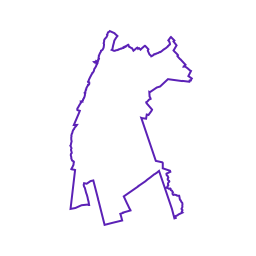 Panciu, Vrancea, Romania (Robinson projection), rotated 77°
{"feature_id": "2599482B28492599509343", "entity_name": "Panciu", "entity_type": "district", "adm_level": 2, "iso_a3": "ROU", "parent_name": "Romania", "parent_adm1": "Vrancea", "projection": "robinson", "projection_center": [27.104, 45.901], "detail": "fine", "context": "isolated", "style": "outline", "palette": "violet", "viewbox_px": 256, "rotation_deg": 77, "n_neighbors": 0, "source": "geoboundaries", "source_scale": "gbopen_adm2", "svg_char_len": 5630}
<svg xmlns="http://www.w3.org/2000/svg" viewBox="0 0 256 256"><g transform="rotate(77 128 128)"><path d="M193.9,202.2L194.1,197.9L194.1,197.2L192.8,190.6L193.5,184.8L193.7,184.4L194.2,183.7L194.3,183.2L190.6,183.0L188.6,183.1L186.7,183.0L184.0,183.1L181.6,183.4L177.0,183.5L176.3,183.6L175.1,184.0L173.5,184.0L171.9,183.2L173.0,180.8L171.3,176.4L171.3,173.6L190.6,173.1L191.1,173.2L191.6,173.2L192.1,173.1L217.1,172.6L216.9,163.6L216.8,154.5L212.7,154.6L209.9,154.8L209.6,151.8L209.3,151.8L208.9,144.1L208.0,144.2L207.1,144.6L202.5,145.6L201.4,145.9L193.7,147.5L187.4,131.7L187.2,131.3L186.9,131.0L187.0,130.9L186.2,129.1L183.9,123.2L182.6,120.7L181.1,117.2L181.0,116.9L180.7,116.4L179.9,114.7L179.6,114.0L179.1,113.1L178.9,112.1L178.4,111.1L178.4,110.6L178.3,110.4L177.6,109.1L176.8,107.4L216.6,103.4L226.5,103.1L226.4,101.7L224.5,101.8L224.4,100.4L224.1,99.2L223.6,98.3L222.7,94.1L222.3,94.5L221.8,94.5L221.3,94.2L221.1,93.8L220.2,93.4L219.3,94.0L218.8,94.0L218.5,93.9L217.9,93.2L217.0,92.7L215.9,92.6L214.6,92.1L213.6,92.0L213.0,92.0L212.1,92.6L210.2,93.0L209.6,93.5L208.2,93.5L207.2,93.4L205.5,93.4L205.0,95.4L204.4,95.7L203.3,97.9L203.5,98.6L203.2,99.1L202.5,99.4L201.4,99.3L201.1,99.1L200.8,98.7L199.0,99.3L198.6,99.6L198.3,100.1L198.0,100.3L197.5,100.4L197.2,100.4L196.8,100.2L196.4,100.5L196.4,101.9L195.8,102.4L195.2,103.2L195.0,103.7L194.7,103.8L194.6,103.3L193.6,102.5L193.1,101.7L192.3,101.6L191.7,101.7L190.9,101.5L190.3,100.9L189.5,99.8L188.8,99.8L188.6,100.0L188.3,100.4L187.2,100.9L186.8,100.8L186.2,100.6L185.5,99.9L183.8,100.1L183.2,100.6L182.7,100.9L181.3,100.9L181.2,100.8L181.0,100.5L181.0,100.1L180.2,96.6L179.1,96.7L175.1,103.2L170.0,102.0L169.5,102.1L169.1,102.4L166.3,108.3L156.2,109.3L121.1,112.8L121.6,112.0L123.0,108.3L119.1,106.7L119.9,105.1L116.8,101.5L115.7,100.5L115.5,100.4L107.9,104.4L107.1,104.5L106.9,104.4L106.8,103.7L106.3,102.8L105.1,101.2L104.7,99.4L103.4,99.5L102.2,99.9L97.6,99.1L98.0,98.6L95.0,90.8L94.8,87.4L89.4,78.1L94.5,64.6L94.4,64.2L96.7,57.9L96.1,57.7L95.7,57.4L95.9,57.2L96.0,57.0L95.9,56.1L94.9,55.5L94.1,54.7L91.0,57.5L86.6,53.8L85.8,54.7L83.1,56.6L81.0,58.5L80.8,58.7L80.9,59.0L80.7,59.4L80.7,60.0L80.5,59.9L80.3,59.0L79.8,58.6L79.7,58.0L79.4,57.7L74.2,60.7L72.9,61.4L72.6,61.8L69.3,63.6L69.0,63.7L68.3,62.9L68.0,63.0L66.6,63.8L64.0,65.5L62.7,66.2L61.8,65.3L58.4,62.1L53.9,64.2L53.2,63.1L49.0,65.7L49.2,66.1L51.7,69.0L52.8,68.4L54.3,68.2L55.7,68.2L56.1,68.5L56.2,69.0L56.3,69.1L56.5,69.4L56.7,69.6L57.2,70.7L57.6,70.9L57.9,71.6L58.7,73.1L58.9,73.8L59.2,74.5L59.4,74.8L59.4,75.4L59.7,75.9L59.9,76.4L60.3,77.0L60.4,77.3L60.5,77.5L61.3,79.3L61.1,79.7L61.1,79.9L61.3,80.2L61.3,80.7L61.7,81.8L61.7,82.9L61.8,83.2L62.0,83.6L61.9,84.7L61.9,84.9L62.3,85.4L62.1,85.8L62.1,86.1L62.1,86.3L62.8,87.1L63.0,87.9L63.0,88.2L63.1,88.5L63.3,88.6L63.4,88.9L63.4,89.2L63.0,89.2L62.8,89.3L61.2,90.5L57.3,91.3L57.0,91.3L55.9,90.4L52.0,92.7L51.7,93.0L51.9,93.6L53.5,96.6L54.5,98.2L52.7,99.2L52.6,99.5L53.1,100.4L51.8,100.9L52.0,101.6L53.2,103.8L53.9,105.3L51.2,106.1L50.6,107.0L49.3,108.2L49.3,108.4L49.3,108.5L47.9,108.9L47.0,108.9L46.9,109.0L47.0,109.4L47.3,109.6L47.3,110.0L47.5,110.9L47.9,111.2L47.8,111.5L48.0,111.7L47.9,112.1L48.2,112.2L48.4,112.5L48.4,113.1L48.3,113.3L48.6,113.5L48.7,113.8L48.8,114.0L48.5,114.3L49.0,114.6L48.9,115.8L49.2,116.5L49.0,117.2L49.1,117.6L49.2,117.9L49.3,118.5L49.2,119.0L49.6,119.8L49.5,120.2L49.6,120.5L49.7,121.0L49.6,121.5L49.6,122.6L49.8,123.2L49.7,124.2L48.2,126.3L47.8,125.7L47.5,125.4L44.2,123.9L41.6,122.5L40.7,122.1L39.7,121.6L37.3,119.2L36.0,117.6L33.8,119.1L33.6,119.3L32.6,119.8L29.5,123.9L29.6,124.0L30.0,124.8L30.3,125.9L30.5,126.1L31.9,126.9L32.2,127.4L32.9,127.2L34.7,128.6L35.6,130.0L36.3,130.9L37.1,131.5L38.6,131.9L40.0,132.7L40.8,132.5L41.4,132.6L44.0,133.6L44.8,134.1L45.6,134.8L46.1,135.3L46.5,136.2L46.6,136.9L47.4,137.2L47.9,137.6L48.9,138.6L50.4,139.6L50.8,140.1L51.6,140.2L52.4,140.7L53.1,140.9L53.3,140.9L53.7,140.6L53.9,140.6L54.6,141.2L54.6,141.3L54.6,141.7L55.9,142.0L56.7,142.7L56.4,143.0L55.5,144.0L55.9,144.3L56.2,144.1L56.6,144.1L56.7,144.7L56.7,144.9L56.2,145.4L56.0,145.9L56.0,146.2L56.6,145.8L57.0,145.3L57.3,144.7L57.6,143.9L57.7,143.7L57.7,143.3L57.7,143.0L58.0,143.1L58.5,143.6L59.2,144.1L59.5,144.7L60.5,145.1L62.1,146.6L62.7,147.4L64.8,148.5L65.3,148.9L66.3,150.0L66.4,150.5L67.0,150.7L67.3,151.2L68.9,152.5L69.4,153.0L71.9,155.0L73.3,155.9L74.0,156.6L74.3,156.5L74.6,155.7L74.8,155.5L75.9,155.7L76.4,155.9L76.7,156.2L76.8,156.4L77.3,156.9L77.5,157.3L77.3,157.5L77.7,157.7L79.5,159.4L80.8,160.0L80.9,160.3L81.4,160.3L81.6,160.6L82.8,161.3L83.6,161.6L84.1,161.6L84.2,161.8L83.9,162.2L83.9,162.3L84.0,162.4L84.9,162.1L85.5,162.4L86.3,162.6L88.0,163.5L88.4,163.8L88.6,164.1L89.1,164.3L89.6,164.7L89.9,165.3L91.0,165.7L91.4,166.4L91.9,166.5L91.5,167.1L91.5,167.5L91.9,167.2L92.2,167.4L92.3,167.5L92.5,167.9L92.3,168.1L92.4,168.3L92.9,168.3L93.3,168.7L94.9,170.4L96.2,171.5L97.4,172.7L98.1,173.2L99.1,173.3L99.3,173.1L100.4,171.1L101.2,171.6L103.2,173.0L112.9,180.1L113.5,177.1L114.5,178.2L115.5,179.7L116.5,180.6L116.9,180.8L117.1,181.3L118.1,182.2L119.0,182.8L120.1,183.3L120.8,183.8L120.9,184.0L122.6,184.9L123.3,184.9L124.4,185.4L126.7,185.9L128.2,185.9L129.8,186.7L131.0,187.3L131.6,187.5L132.2,187.8L132.3,188.1L134.3,187.7L135.0,187.6L136.0,188.3L136.7,188.5L137.6,188.4L139.6,188.4L139.9,188.7L140.4,189.4L141.1,189.7L141.8,189.9L143.7,189.8L144.7,190.1L147.0,189.8L147.4,189.6L147.8,189.0L148.3,188.5L149.0,188.3L149.6,188.8L150.8,189.1L151.8,189.5L152.3,190.0L153.2,190.6L154.3,191.6L155.3,192.5L155.5,192.3L156.1,191.0L156.4,190.1L157.0,189.0L193.9,202.2Z" fill="none" stroke="#5b21b6" stroke-width="2"/></g></svg>